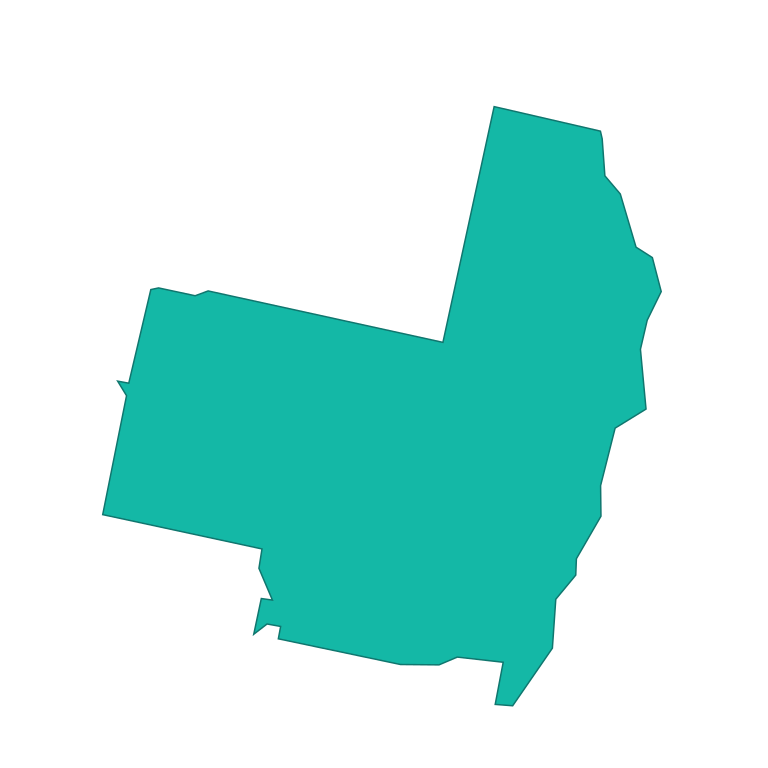 outline of Early, Georgia, United States of America, rotated 191°
{"feature_id": "52423323B60189999590545", "entity_name": "Early", "entity_type": "district", "adm_level": 2, "iso_a3": "USA", "parent_name": "United States of America", "parent_adm1": "Georgia", "projection": "natural_earth1", "projection_center": [-84.929, 31.296], "detail": "fine", "context": "isolated", "style": "filled", "palette": "teal", "viewbox_px": 768, "rotation_deg": 191, "n_neighbors": 0, "source": "geoboundaries", "source_scale": "gbopen_adm2", "svg_char_len": 685}
<svg xmlns="http://www.w3.org/2000/svg" viewBox="0 0 768 768"><g transform="rotate(191 384 384)"><path d="M149.7,366.9L148.7,384.8L122.0,409.4L138.9,467.0L137.8,496.9L129.5,527.6L144.7,559.3L162.7,566.4L188.3,615.6L206.9,630.5L216.6,666.3L219.8,673.5L328.8,677.3L334.1,436.1L574.4,441.8L586.2,434.6L623.6,435.3L630.9,432.2L634.7,336.1L646.0,336.0L634.5,323.4L635.2,202.1L472.3,198.8L471.6,179.2L452.3,150.6L463.5,150.0L464.1,113.5L453.0,126.1L439.2,126.3L439.1,113.7L314.3,111.8L276.4,118.8L260.0,129.9L213.9,133.6L213.7,90.7L196.3,92.7L168.3,156.8L174.3,205.5L159.3,233.0L161.8,249.2L145.8,295.6L152.0,325.6L149.7,366.9Z" fill="#14b8a6" stroke="#0f766e" stroke-width="1.5"/></g></svg>